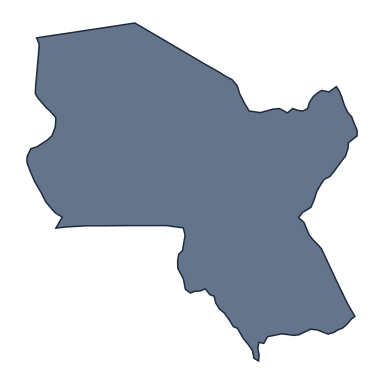 outline of Caetés, Pernambuco, Brazil
{"feature_id": "56859067B96397731147508", "entity_name": "Caetés", "entity_type": "district", "adm_level": 2, "iso_a3": "BRA", "parent_name": "Brazil", "parent_adm1": "Pernambuco", "projection": "equal_earth", "projection_center": [-36.636, -8.815], "detail": "fine", "context": "isolated", "style": "filled", "palette": "slate", "viewbox_px": 384, "rotation_deg": 0, "n_neighbors": 0, "source": "geoboundaries", "source_scale": "gbopen_adm2", "svg_char_len": 1678}
<svg xmlns="http://www.w3.org/2000/svg" viewBox="0 0 384 384"><path d="M357.1,135.9L357.1,130.4L353.6,122.0L351.6,116.7L347.9,112.6L344.4,105.3L341.5,96.2L339.3,91.3L336.4,86.6L329.1,91.9L321.7,90.4L317.8,92.8L313.4,96.3L309.5,102.4L307.6,108.6L302.5,111.1L297.4,110.2L292.7,108.5L287.5,112.9L279.6,108.6L273.0,109.1L260.5,112.6L254.5,111.8L249.1,110.9L244.3,102.9L239.6,93.6L237.2,85.7L232.0,79.6L225.8,76.4L221.4,73.5L202.9,63.0L187.7,54.0L134.8,23.0L63.5,33.8L36.6,37.8L39.2,44.3L38.5,54.0L35.6,86.6L35.3,93.7L37.9,98.0L45.5,106.8L50.1,111.2L55.9,117.6L55.3,126.9L52.0,135.7L47.5,140.0L36.9,146.8L30.8,148.7L27.1,156.7L26.9,162.3L29.9,170.5L34.7,181.7L38.0,187.3L41.6,193.4L45.5,201.4L51.4,208.7L55.5,213.0L62.2,217.1L55.9,228.1L65.7,227.0L86.7,225.8L102.3,225.8L127.0,225.6L157.8,225.6L166.5,225.6L183.3,227.9L185.1,235.2L183.8,242.8L182.6,250.3L178.6,254.5L177.6,261.2L177.8,268.2L183.4,279.0L185.4,289.4L190.5,293.0L195.1,291.2L200.1,291.0L205.3,288.9L209.9,294.7L214.0,296.1L215.9,303.2L219.4,309.0L224.4,313.1L230.2,321.3L233.3,326.6L237.4,328.3L243.4,338.6L248.2,344.4L252.4,350.5L254.0,358.3L258.6,361.0L259.1,354.8L257.8,349.0L258.9,342.3L263.8,343.4L267.5,336.7L281.8,333.8L294.2,335.4L299.1,334.7L306.3,331.2L310.9,329.2L317.6,330.0L323.6,332.4L328.2,334.1L333.9,332.4L337.6,330.0L342.7,328.0L347.5,323.7L351.2,319.2L354.9,316.3L347.9,304.4L345.3,299.1L335.6,279.0L321.4,248.6L316.7,243.4L312.8,239.6L309.1,234.9L303.9,222.3L298.6,217.7L302.9,212.1L306.6,210.0L310.9,207.4L314.5,198.8L316.9,191.2L321.0,184.1L324.2,179.4L329.9,176.5L334.1,171.3L340.6,162.3L345.5,156.1L348.0,148.5L348.4,142.7L357.1,135.9Z" fill="#64748b" stroke="#1e293b" stroke-width="1.5"/></svg>